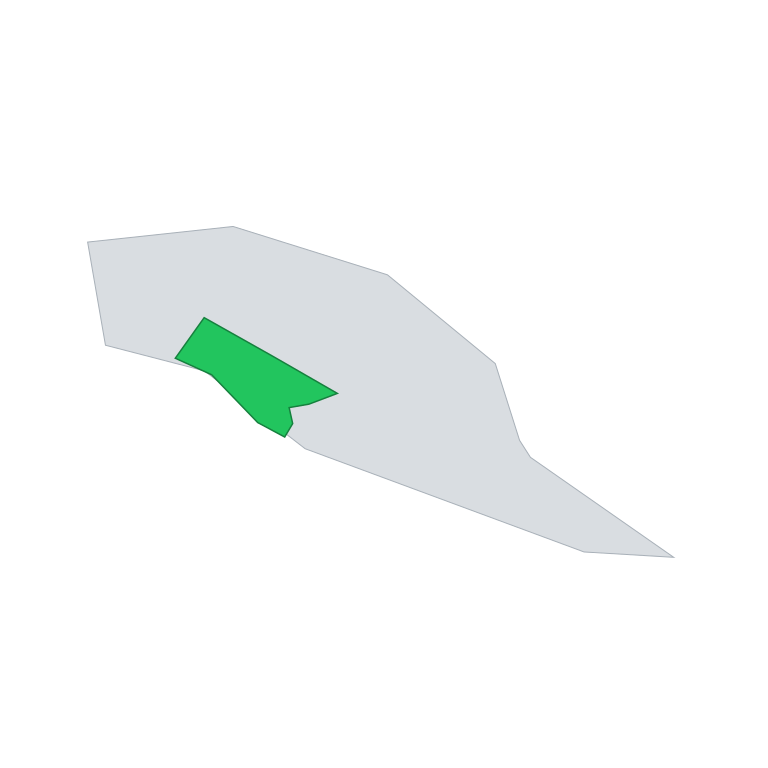 Ngchesar on a map of Palau (Robinson projection), rotated 102°
{"feature_id": "PLW-5255", "entity_name": "Ngchesar", "entity_type": "state/province", "adm_level": 1, "iso_a3": "PLW", "parent_name": "Palau", "parent_adm1": "", "projection": "robinson", "projection_center": [134.604, 7.467], "detail": "fine", "context": "in_parent", "style": "filled", "palette": "green", "viewbox_px": 768, "rotation_deg": 102, "n_neighbors": 0, "source": "natural_earth", "source_scale": "10m", "svg_char_len": 508}
<svg xmlns="http://www.w3.org/2000/svg" viewBox="0 0 768 768"><g transform="rotate(102 384 384)"><path d="M404.0,664.5L306.8,703.4L261.3,564.4L276.5,403.3L340.9,279.4L410.9,239.7L425.3,225.5L493.3,64.6L506.7,153.4L463.7,447.7L408.5,562.3L404.0,664.5Z" fill="#d9dde1" stroke="#a8b0b8" stroke-width="1"/><path d="M456.5,470.1L448.0,499.5L410.8,554.5L402.2,593.5L356.5,573.7L380.4,497.3L402.9,427.7L419.3,453.2L426.8,471.9L441.7,465.1L456.5,470.1Z" fill="#22c55e" stroke="#15803d" stroke-width="1.5"/></g></svg>